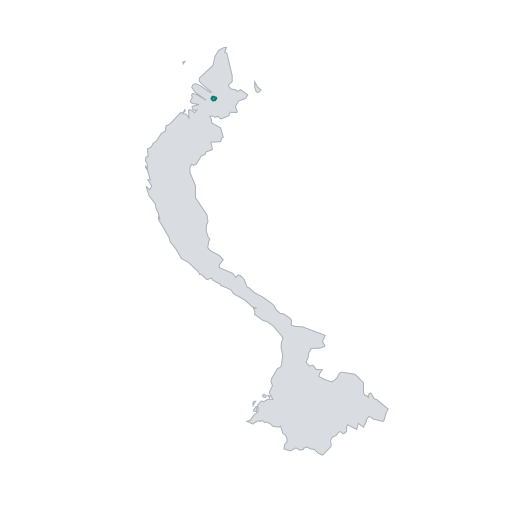 Chau Thanh, Can Tho, Vietnam shown in context, rotated 165°
{"feature_id": "81297802B15585210216113", "entity_name": "Chau Thanh", "entity_type": "district", "adm_level": 2, "iso_a3": "VNM", "parent_name": "Vietnam", "parent_adm1": "Can Tho", "projection": "natural_earth1", "projection_center": [105.82, 10.223], "detail": "fine", "context": "in_parent", "style": "filled", "palette": "teal", "viewbox_px": 512, "rotation_deg": 165, "n_neighbors": 0, "source": "geoboundaries", "source_scale": "gbopen_adm2", "svg_char_len": 4799}
<svg xmlns="http://www.w3.org/2000/svg" viewBox="0 0 512 512"><g transform="rotate(165 256 256)"><path d="M307.6,98.7L303.7,99.0L299.6,102.7L294.2,105.0L292.9,111.6L288.3,114.6L286.2,113.2L281.6,114.6L276.8,113.1L278.5,120.7L273.6,126.6L274.2,130.4L272.8,133.4L264.4,141.8L261.9,142.0L260.0,143.3L255.9,153.3L255.4,161.7L253.6,166.4L251.7,168.4L251.3,171.0L257.7,184.2L262.0,189.5L266.2,192.2L272.5,200.0L271.5,202.0L272.0,206.4L269.0,205.1L269.4,205.6L272.9,208.0L278.2,216.4L287.5,225.3L288.9,229.8L297.9,237.0L297.7,238.0L304.0,243.8L304.7,246.1L309.5,245.9L313.8,252.7L315.2,252.7L315.7,255.6L322.8,267.1L328.7,272.9L331.6,283.6L335.2,291.7L335.2,296.4L340.6,316.1L340.2,318.7L339.2,316.2L339.3,323.7L340.2,327.6L339.9,332.5L343.6,341.7L344.1,351.8L341.5,347.5L338.6,350.5L340.7,357.7L338.4,357.0L338.6,366.7L339.7,370.1L339.4,371.4L338.2,368.8L337.2,373.4L338.2,376.6L336.6,380.1L334.4,380.3L333.1,387.6L329.1,388.2L326.2,391.5L322.5,392.7L315.7,399.0L311.4,400.0L309.2,405.1L305.4,405.6L291.2,414.2L289.5,412.1L287.0,411.3L285.0,406.7L283.5,414.1L282.4,414.6L280.3,413.2L278.2,410.3L275.2,412.3L278.5,412.9L279.4,414.8L278.9,417.1L271.8,417.0L278.2,420.0L279.6,422.2L276.5,425.7L276.5,428.3L275.0,429.4L271.4,427.2L263.8,419.2L272.8,430.5L274.4,435.6L272.3,438.0L269.7,438.0L265.4,434.7L258.7,426.6L256.4,425.4L264.3,437.0L265.5,439.6L264.6,442.6L248.3,451.2L244.0,459.4L238.9,464.3L233.5,465.6L230.5,465.2L233.6,461.0L231.7,459.4L232.3,436.6L233.8,430.7L238.4,428.3L238.4,427.0L236.8,423.6L233.0,422.2L231.3,419.7L227.9,420.7L222.2,413.8L225.5,410.8L232.5,410.3L237.3,405.6L236.7,400.3L237.3,399.6L243.8,401.5L246.0,398.5L254.5,397.4L256.9,401.0L259.0,400.4L262.9,402.9L264.5,402.9L263.7,399.3L264.4,396.1L257.0,388.8L256.9,379.1L258.7,378.6L260.6,375.6L270.2,377.6L270.5,370.2L277.5,369.4L279.0,367.3L283.1,366.6L289.9,360.2L292.8,359.7L294.3,361.4L297.1,358.4L298.2,353.5L296.3,339.6L299.4,328.0L292.7,308.4L293.5,301.6L295.5,299.2L297.6,293.6L297.4,287.3L296.3,284.2L298.1,282.0L300.5,276.4L298.3,272.5L291.4,266.1L288.6,260.9L294.1,256.6L294.2,254.0L282.9,245.2L281.0,240.6L278.3,242.4L276.3,241.3L273.6,236.8L272.6,228.2L270.7,226.8L266.9,220.7L260.6,215.1L253.0,205.9L251.4,203.2L250.5,198.9L247.4,194.1L244.4,193.1L239.1,186.9L238.4,184.4L239.9,180.0L236.2,177.8L229.5,175.6L209.7,161.4L213.9,156.3L212.7,151.6L213.1,150.8L218.6,150.5L226.5,152.4L230.2,148.6L232.0,144.3L234.7,141.1L234.7,139.2L232.8,135.8L229.2,135.8L227.3,130.9L221.3,129.0L225.2,125.8L226.4,123.2L220.8,118.2L214.9,114.7L209.6,117.1L205.6,121.2L203.7,121.8L191.0,116.2L185.0,105.6L187.4,96.9L187.4,93.8L184.9,92.2L184.2,90.2L182.4,93.9L180.5,93.9L178.7,87.4L176.4,85.9L167.9,73.9L170.5,71.4L174.6,64.5L176.1,63.3L184.7,68.0L188.3,71.9L192.0,69.2L192.0,67.8L196.6,62.8L200.5,67.9L203.6,62.4L211.2,69.3L212.4,68.0L213.9,63.3L216.1,61.9L217.7,61.6L219.8,64.4L221.5,64.6L225.2,61.8L229.1,61.3L231.7,58.7L232.4,53.4L233.3,52.3L243.1,46.4L247.0,49.5L249.6,54.1L253.0,55.4L256.6,58.4L259.5,58.0L260.4,56.9L263.9,57.1L267.0,60.3L273.3,58.8L279.0,62.5L277.1,66.5L274.3,68.4L273.5,70.4L273.6,75.0L276.0,77.8L276.3,85.3L277.8,84.7L283.6,86.9L285.8,90.5L288.6,92.7L290.8,92.9L292.7,95.8L294.7,94.9L295.6,96.1L299.7,95.7L302.5,94.5L307.6,98.7ZM213.3,414.4L213.6,419.1L212.2,424.6L210.6,418.6L208.1,415.0L211.4,413.4L213.3,414.4ZM298.8,107.0L295.3,110.5L294.0,110.5L295.8,105.5L298.8,107.0ZM285.1,120.3L284.1,120.5L282.2,118.1L283.3,116.9L285.4,117.8L285.9,118.8L285.1,120.3ZM296.9,115.2L295.5,116.0L293.9,115.9L297.6,112.2L296.9,115.2ZM279.5,115.2L280.9,118.9L278.8,117.0L279.5,115.2ZM289.6,412.8L286.9,415.9L286.7,414.5L289.6,412.8ZM276.4,462.3L274.3,462.3L276.5,460.4L276.4,462.3Z" fill="#d9dde1" stroke="#a8b0b8" stroke-width="1"/><path d="M257.2,421.1L257.3,421.1L257.4,420.8L257.3,420.7L257.4,420.4L257.5,420.3L257.5,420.2L257.8,420.1L258.0,420.1L258.3,420.0L258.4,419.9L258.5,419.7L258.5,419.4L258.4,419.3L258.4,419.2L258.2,418.9L258.1,418.7L257.9,418.5L257.7,418.4L257.7,418.2L257.6,417.9L257.8,417.8L257.9,417.7L257.6,417.4L257.5,417.2L257.4,417.2L257.2,417.1L256.9,417.1L256.7,417.0L256.4,417.0L256.2,417.0L255.9,417.0L255.6,417.1L255.4,417.1L255.2,417.1L255.1,417.3L255.1,417.5L255.0,417.8L254.9,417.8L254.9,417.7L254.7,417.7L254.6,417.8L254.6,417.7L254.5,417.8L254.4,417.8L254.2,417.9L254.1,418.0L254.1,417.9L254.0,418.0L253.9,418.0L253.7,418.0L253.5,418.3L253.7,418.5L253.8,418.6L253.8,418.8L253.7,418.8L253.6,419.0L253.4,419.1L253.3,419.3L253.5,419.4L253.6,419.5L253.8,419.6L254.3,419.9L254.4,420.0L254.5,420.1L254.6,420.3L254.8,420.4L254.9,420.2L255.0,420.1L255.1,420.3L255.2,420.5L255.3,420.6L255.4,420.8L255.6,421.0L255.8,421.1L256.0,421.2L256.2,421.3L256.3,421.2L256.3,421.3L256.3,421.2L256.5,421.2L256.8,421.2L256.9,420.9L257.1,421.1L257.2,421.1Z" fill="#14b8a6" stroke="#0f766e" stroke-width="1.5"/></g></svg>